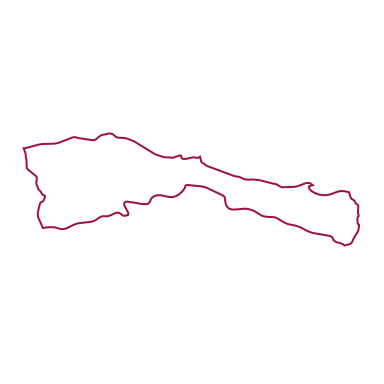 Prachuap Khiri Khan, Equal Earth projection, rotated 266°
{"feature_id": "THA-420", "entity_name": "Prachuap Khiri Khan", "entity_type": "Province", "adm_level": 1, "iso_a3": "THA", "parent_name": "Thailand", "parent_adm1": "", "projection": "equal_earth", "projection_center": [99.562, 11.796], "detail": "fine", "context": "isolated", "style": "outline", "palette": "rose", "viewbox_px": 384, "rotation_deg": 266, "n_neighbors": 0, "source": "natural_earth", "source_scale": "10m", "svg_char_len": 2932}
<svg xmlns="http://www.w3.org/2000/svg" viewBox="0 0 384 384"><g transform="rotate(266 192 192)"><path d="M175.4,127.1L173.4,126.4L172.9,122.9L173.6,121.0L175.1,119.5L176.3,117.8L176.5,115.1L176.0,113.1L174.4,109.2L173.9,107.2L173.7,105.1L174.1,101.5L173.7,99.4L172.7,97.3L170.5,93.7L169.7,91.3L169.2,87.5L168.8,76.6L167.8,72.4L164.5,64.5L163.9,60.5L164.2,58.5L165.8,54.3L166.4,52.2L166.8,47.9L166.8,43.7L166.5,40.7L171.0,39.2L176.7,37.0L179.4,36.5L182.7,36.9L190.7,39.4L191.3,39.7L191.7,40.0L192.1,40.4L192.4,40.9L192.8,42.1L193.4,42.8L194.3,43.6L196.6,44.7L197.7,45.0L198.5,44.9L198.9,44.5L199.2,44.0L199.7,42.9L200.1,42.4L200.5,42.1L202.5,41.3L203.5,40.7L204.3,40.0L205.1,39.2L205.7,38.9L210.8,37.4L211.7,37.3L216.0,38.1L217.2,38.2L218.0,38.0L218.5,37.7L224.9,31.0L225.2,30.6L225.7,30.1L226.5,29.5L227.7,28.8L236.5,29.1L238.3,28.6L241.4,28.7L242.4,28.6L247.4,27.1L247.4,29.2L249.9,41.9L250.3,45.9L249.8,58.3L250.4,62.7L254.8,76.7L254.9,79.5L253.7,82.4L250.5,96.9L250.7,98.8L252.0,100.9L253.4,102.7L254.5,104.5L255.2,106.6L255.7,110.6L256.1,112.2L256.1,114.0L255.5,116.5L254.7,117.5L252.4,119.9L251.4,121.8L250.5,128.8L249.9,130.6L246.7,137.6L232.1,158.0L228.6,166.6L227.5,175.6L229.4,182.5L229.0,183.7L226.9,183.9L225.9,184.8L225.5,186.2L225.5,188.4L226.6,195.8L226.2,197.0L225.8,198.5L225.7,200.3L226.6,202.5L221.2,203.4L217.0,208.7L205.2,234.7L204.5,236.8L203.9,239.9L201.0,245.4L200.4,248.9L200.2,253.5L199.6,257.7L198.7,261.6L194.9,272.7L194.5,274.5L193.9,276.6L191.1,280.6L190.4,282.5L190.0,293.9L190.4,297.9L192.9,306.1L192.9,309.8L190.4,313.0L189.4,309.1L187.1,309.2L184.5,311.4L182.6,314.2L181.5,316.3L180.5,318.9L179.8,322.0L179.5,325.6L180.0,329.9L182.1,337.0L182.6,340.4L182.1,344.4L180.8,348.7L177.3,349.4L176.6,349.7L175.1,350.0L174.6,350.3L174.2,350.6L173.8,351.0L173.5,351.4L173.2,351.9L172.8,352.5L172.5,352.9L171.6,353.5L170.7,354.0L170.1,354.1L169.2,354.6L168.4,355.4L167.8,356.3L167.4,356.8L166.3,356.9L159.6,356.1L158.5,356.2L158.0,356.4L157.4,356.6L156.8,356.6L156.2,356.4L155.3,355.6L154.3,355.2L152.6,355.0L149.0,355.2L148.6,355.4L147.8,356.2L147.1,356.4L146.1,356.3L144.2,355.7L143.1,355.5L141.8,355.1L140.4,354.3L134.2,349.9L131.8,348.7L129.8,347.3L129.3,346.4L128.9,345.7L128.4,342.2L127.9,340.4L129.5,338.8L130.4,336.9L131.8,332.8L132.9,331.0L134.3,329.9L137.4,328.5L138.4,326.9L142.8,309.3L144.7,304.9L149.4,297.4L151.2,293.0L153.4,285.1L155.0,282.1L160.5,274.1L161.4,270.9L161.7,267.4L162.5,262.6L163.8,259.5L168.0,253.8L169.8,250.5L171.2,246.7L171.7,243.4L171.5,235.4L171.7,230.8L173.0,227.6L175.4,225.6L178.7,224.7L184.8,224.2L186.5,222.4L195.9,205.6L197.1,201.0L199.3,188.0L199.0,186.1L196.5,185.1L193.7,182.8L191.1,179.7L189.3,176.7L188.2,172.4L188.7,168.4L191.0,160.5L191.1,156.5L190.1,153.1L188.1,150.7L185.3,149.5L183.0,146.7L183.5,141.3L185.8,132.0L186.1,129.8L186.7,127.8L187.0,126.0L186.4,124.2L185.1,123.5L183.6,123.5L175.4,127.1Z" fill="none" stroke="#9f1239" stroke-width="2"/></g></svg>